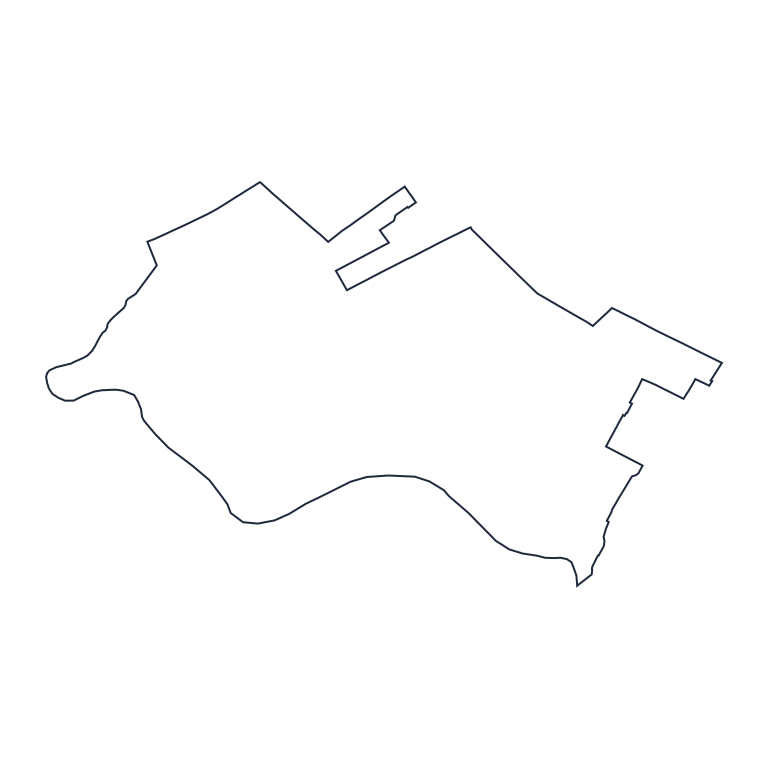 Cornetu, Giurgiu, Romania
{"feature_id": "2599482B43761386306926", "entity_name": "Cornetu", "entity_type": "district", "adm_level": 2, "iso_a3": "ROU", "parent_name": "Romania", "parent_adm1": "Giurgiu", "projection": "natural_earth1", "projection_center": [25.931, 44.345], "detail": "fine", "context": "isolated", "style": "outline", "palette": "slate", "viewbox_px": 768, "rotation_deg": 0, "n_neighbors": 0, "source": "geoboundaries", "source_scale": "gbopen_adm2", "svg_char_len": 3815}
<svg xmlns="http://www.w3.org/2000/svg" viewBox="0 0 768 768"><path d="M577.2,585.8L578.5,584.7L586.2,578.7L588.0,577.3L591.7,574.4L592.2,569.8L591.9,569.4L592.3,566.7L592.6,566.1L594.6,562.1L597.8,555.6L598.6,555.6L600.0,553.0L601.5,550.4L602.4,548.7L603.4,547.0L604.1,544.5L604.5,540.9L604.0,538.9L603.6,536.7L605.7,529.8L605.6,529.6L608.7,522.0L606.8,520.8L610.5,514.0L611.7,511.4L612.0,509.7L616.1,502.8L619.7,496.5L620.6,495.2L631.9,476.5L636.3,475.0L638.5,473.2L642.6,465.6L640.6,464.5L637.2,462.7L634.6,461.4L620.3,454.0L608.7,447.9L606.0,446.5L611.0,437.2L615.9,428.2L618.6,423.1L618.8,422.7L620.9,418.9L622.9,415.3L623.0,415.0L623.9,415.7L624.4,415.9L626.6,412.7L627.1,412.9L629.3,408.8L629.4,408.5L631.6,404.4L632.0,403.7L629.8,402.5L636.6,390.4L638.9,386.0L642.1,379.1L643.6,379.7L648.0,381.6L650.9,382.8L656.6,385.3L661.6,387.9L674.5,394.3L683.5,398.8L687.7,392.2L688.0,391.9L692.5,384.2L693.5,382.5L695.3,379.1L709.3,385.7L709.9,384.6L711.0,382.9L712.2,381.1L710.7,380.5L721.9,362.9L718.7,361.3L701.2,352.7L682.8,343.5L672.0,338.3L671.4,338.0L667.9,336.3L661.1,333.0L655.5,330.2L648.8,326.7L645.3,324.8L635.7,319.7L630.6,317.2L622.5,313.2L618.2,311.0L611.9,308.0L607.6,312.2L605.7,314.0L603.4,316.1L596.2,322.8L593.7,325.2L592.9,326.0L590.2,324.2L586.2,321.6L582.6,319.6L575.8,315.7L574.0,314.7L568.1,311.3L558.7,305.9L549.3,300.4L539.4,294.7L537.2,293.3L531.1,287.5L520.5,277.2L500.4,257.6L486.5,244.0L479.0,236.5L477.7,235.3L471.8,229.5L470.7,227.4L469.4,227.9L468.6,228.3L467.9,228.6L464.1,230.5L462.8,231.1L462.1,231.5L461.4,231.8L459.9,232.6L456.7,234.2L453.6,235.7L450.4,237.3L447.3,238.8L442.3,241.3L438.7,243.1L434.5,245.3L432.2,246.5L430.0,247.7L429.4,248.0L424.8,250.3L414.9,255.5L410.4,257.7L407.0,259.2L402.3,261.6L396.3,264.6L390.7,267.5L385.1,270.3L380.2,272.8L373.5,276.3L368.8,278.8L368.7,278.9L363.8,281.4L357.8,284.5L352.1,287.5L346.9,290.2L335.9,270.8L338.6,269.4L357.3,259.5L365.6,255.1L372.9,251.2L382.0,246.4L388.9,242.7L388.6,242.3L387.4,240.7L384.3,236.5L379.8,230.2L393.9,220.8L395.6,215.2L407.0,207.3L407.5,207.0L408.2,207.8L415.9,202.4L413.3,198.7L404.9,186.9L404.7,186.6L404.5,186.8L389.9,196.8L387.2,198.8L381.0,203.2L365.8,214.3L361.4,217.3L355.5,221.5L349.9,225.6L347.6,227.1L342.1,230.8L335.5,236.1L328.2,241.9L320.0,234.3L315.0,230.3L305.7,222.3L304.1,220.9L272.1,193.1L260.2,182.2L259.0,182.7L250.5,188.0L245.0,191.4L240.0,194.6L236.3,196.9L231.8,199.7L227.0,202.8L222.1,205.8L217.8,208.5L211.0,212.3L206.6,214.6L199.1,218.2L193.1,221.1L185.6,224.7L180.9,226.9L173.8,230.1L170.0,231.9L164.0,234.7L155.8,238.4L155.2,238.7L152.7,239.7L150.3,240.6L147.4,241.7L150.4,249.4L156.8,265.4L156.5,265.8L135.6,294.0L128.2,298.7L126.2,301.2L125.5,304.9L123.9,307.8L121.3,310.2L117.9,313.1L115.7,315.2L113.5,317.1L110.7,319.9L108.8,322.4L107.9,323.5L107.4,324.8L107.2,327.1L106.5,328.7L105.6,330.2L104.9,331.2L103.5,332.0L102.0,333.5L101.1,335.2L100.4,336.1L99.8,337.0L99.1,338.4L98.0,340.4L97.4,341.6L96.8,342.7L95.7,344.9L94.8,346.6L93.6,348.3L92.4,350.5L87.4,355.6L83.5,357.8L81.7,358.6L79.0,359.8L76.7,360.8L75.3,361.4L74.2,361.9L73.8,362.0L71.4,363.5L66.8,364.6L56.2,367.2L49.5,370.3L47.1,373.2L46.1,376.9L47.3,383.8L48.3,386.1L48.4,387.6L52.4,393.9L58.2,397.7L65.1,400.7L73.7,400.6L83.1,395.9L94.3,391.6L101.7,390.3L109.4,389.9L116.2,389.7L123.3,390.7L134.1,395.0L137.8,401.2L141.0,409.2L142.0,416.6L143.5,420.0L147.8,425.3L155.3,434.2L168.4,447.6L192.1,465.5L209.4,480.1L221.7,496.3L227.5,504.4L230.7,513.0L243.0,522.2L257.8,523.6L274.6,520.4L289.3,513.8L305.6,503.9L323.6,495.2L350.6,481.7L366.7,477.0L388.4,475.5L415.0,476.7L429.6,481.5L444.0,490.3L448.8,496.0L468.5,513.0L495.9,540.9L509.5,549.5L522.6,553.5L537.2,555.7L545.2,557.8L555.0,558.1L560.1,557.7L566.9,559.1L571.4,562.2L573.6,567.6L576.4,575.6L577.2,585.8Z" fill="none" stroke="#1e293b" stroke-width="2"/></svg>